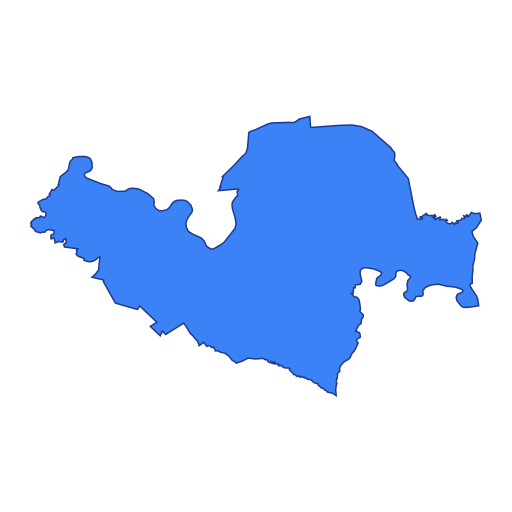 Recea, Maramures, Romania (Robinson projection)
{"feature_id": "2599482B24174964580354", "entity_name": "Recea", "entity_type": "district", "adm_level": 2, "iso_a3": "ROU", "parent_name": "Romania", "parent_adm1": "Maramures", "projection": "robinson", "projection_center": [23.475, 47.622], "detail": "fine", "context": "isolated", "style": "filled", "palette": "blue", "viewbox_px": 512, "rotation_deg": 0, "n_neighbors": 0, "source": "geoboundaries", "source_scale": "gbopen_adm2", "svg_char_len": 6026}
<svg xmlns="http://www.w3.org/2000/svg" viewBox="0 0 512 512"><path d="M336.2,395.6L335.7,389.7L336.2,385.6L336.5,384.0L336.9,383.8L336.1,380.7L337.1,378.9L337.6,373.5L339.9,370.9L339.5,368.9L340.1,366.7L341.6,364.4L344.4,361.6L348.6,359.2L350.1,357.7L351.5,354.3L355.0,349.8L358.2,343.0L356.7,341.2L356.8,339.3L360.2,337.4L360.0,333.8L359.4,332.5L357.4,332.0L356.8,331.2L355.5,331.3L358.5,325.4L360.6,323.9L361.1,323.1L361.6,319.0L363.0,317.5L363.3,315.0L360.1,311.7L359.9,310.9L360.4,309.6L360.3,307.4L359.2,300.3L358.6,299.1L356.8,297.1L354.7,297.0L354.1,296.6L351.4,293.4L353.2,293.2L353.6,287.7L355.1,287.8L355.3,285.0L360.1,284.3L361.8,281.5L360.2,274.1L360.2,271.2L360.8,269.9L361.8,268.8L363.4,268.0L366.3,267.7L373.6,268.9L379.1,271.0L381.0,272.2L381.5,272.9L381.1,274.9L377.4,277.7L376.6,278.9L375.6,284.2L375.8,285.1L376.9,285.7L379.8,286.1L382.3,285.5L385.3,284.1L393.7,279.0L395.6,276.8L396.0,272.3L397.4,270.9L400.5,270.3L402.3,270.5L406.2,272.6L408.2,275.0L410.7,276.4L410.7,277.3L407.8,280.6L407.0,284.7L407.6,288.6L407.4,289.7L406.9,291.2L404.6,292.3L403.8,293.4L403.8,295.0L404.5,297.2L409.1,300.9L411.3,301.3L413.2,300.9L414.5,299.8L415.8,296.9L417.3,296.3L421.7,296.1L422.4,295.8L423.0,294.9L423.2,293.6L422.8,291.9L423.0,290.6L424.9,287.9L426.1,287.1L430.0,285.4L432.4,284.8L438.4,284.2L447.4,286.3L454.4,287.0L460.3,288.7L462.7,290.0L462.9,290.9L462.1,292.4L458.1,293.9L457.1,294.8L456.2,297.4L456.8,300.3L457.7,301.7L461.0,305.8L462.4,306.9L464.6,307.4L468.5,307.3L478.7,305.8L477.8,299.4L476.5,295.9L471.8,289.0L470.0,285.6L470.0,284.8L470.8,283.8L472.2,283.4L472.3,275.9L472.9,269.8L472.7,266.6L474.6,258.9L474.9,253.7L477.8,243.2L473.3,236.4L471.9,231.6L476.4,227.7L481.3,220.3L479.9,213.2L477.7,213.2L476.5,213.7L472.8,213.1L471.3,212.4L468.6,216.7L467.7,216.5L467.7,215.2L467.2,214.9L466.3,215.0L466.4,216.3L466.1,216.6L463.8,215.8L464.6,217.4L464.7,218.4L461.8,218.4L461.5,219.6L460.8,220.2L456.7,220.9L456.8,221.7L458.0,222.5L458.1,223.0L456.1,223.7L455.2,222.8L454.5,224.3L453.6,223.9L452.2,222.2L450.7,223.9L448.1,223.5L446.5,222.2L446.3,221.1L447.3,220.3L446.2,219.4L446.1,220.2L444.8,220.6L443.8,219.3L439.8,219.7L439.9,218.3L440.6,217.5L440.2,217.0L437.8,217.9L436.7,219.0L435.9,218.7L435.3,219.7L434.9,219.7L434.4,219.2L434.2,217.8L433.2,217.3L435.8,216.9L435.8,216.1L434.7,214.6L433.1,216.1L432.1,215.4L429.8,215.7L426.6,214.8L426.7,213.7L425.8,213.5L425.0,214.6L423.1,215.4L422.3,216.6L420.2,216.8L420.2,217.5L422.2,217.8L422.5,218.6L422.1,218.9L420.3,219.3L417.4,218.9L415.7,214.1L413.8,206.5L408.3,178.6L397.0,164.9L397.4,164.6L394.2,160.5L394.8,155.9L394.7,153.1L394.2,152.0L391.9,149.5L391.4,148.2L372.0,131.2L361.5,126.6L352.3,125.0L339.0,125.4L310.6,127.5L309.8,116.4L299.4,119.0L294.1,122.6L289.0,122.4L272.0,122.9L268.3,123.8L254.7,130.0L249.9,131.6L248.8,132.4L247.5,148.1L246.0,152.8L244.9,154.3L242.4,156.2L234.5,164.8L222.6,176.4L222.4,176.6L223.2,176.7L219.9,187.1L220.8,187.2L218.4,190.7L238.2,188.9L238.6,189.4L237.1,191.7L237.7,195.7L236.2,196.8L233.4,200.5L232.3,202.6L232.0,204.8L232.4,208.5L235.1,217.7L236.1,224.4L234.9,228.5L224.1,242.3L221.4,244.3L213.4,249.0L211.5,249.0L209.3,248.1L206.4,246.0L204.2,241.0L201.0,237.8L192.8,234.2L188.4,231.4L186.4,227.5L185.9,223.4L186.4,221.0L188.3,217.2L191.7,212.6L192.4,210.6L192.4,209.2L190.9,205.2L187.1,201.4L184.7,200.4L182.1,200.1L177.2,200.3L174.8,201.1L172.7,202.7L169.3,207.7L166.9,209.7L162.5,210.8L159.0,210.6L155.8,208.6L153.7,205.0L154.2,201.9L153.6,198.7L147.9,193.7L139.6,189.4L136.8,188.6L131.7,188.2L128.4,189.0L125.1,191.2L117.2,191.4L112.5,189.7L110.3,187.0L108.6,185.9L100.4,183.5L86.8,178.1L84.8,176.5L84.3,174.4L85.3,172.9L89.1,171.5L90.8,170.3L92.2,167.8L91.9,161.9L90.6,159.2L89.3,157.9L86.9,156.9L83.6,156.4L77.6,156.7L73.0,157.7L72.6,158.8L70.0,161.7L68.2,169.9L65.9,172.3L60.3,176.6L58.3,184.7L59.1,185.0L53.9,190.4L52.1,189.4L49.2,194.3L50.0,194.8L50.2,195.4L49.9,196.0L47.9,196.6L46.0,199.0L44.0,199.2L41.4,200.2L38.0,202.3L38.0,203.5L39.6,205.0L40.1,207.9L41.4,210.6L42.2,211.4L44.9,212.0L46.1,213.0L46.2,213.7L45.6,215.7L44.5,217.4L43.5,217.5L41.8,216.4L40.4,216.1L40.0,216.5L39.9,217.7L36.0,217.7L35.5,218.0L35.1,219.1L33.6,219.2L32.8,220.8L31.2,221.5L31.3,222.9L30.7,223.7L31.7,224.8L31.0,225.8L31.1,226.8L32.6,227.3L33.2,228.6L34.3,229.1L35.0,230.8L36.5,231.9L38.6,232.2L40.2,233.0L42.1,232.2L45.0,232.1L45.9,230.6L48.8,229.6L53.9,230.5L54.1,232.9L53.5,234.0L51.1,235.0L50.9,238.7L51.8,238.9L52.2,237.8L54.2,238.1L55.2,243.0L58.4,241.6L62.5,242.1L63.1,241.6L63.5,239.6L65.9,238.6L65.9,240.6L66.4,241.7L66.2,242.9L64.2,243.9L63.7,244.7L64.5,247.0L77.9,248.8L76.5,250.4L77.0,251.4L76.1,254.1L77.5,255.9L83.9,258.4L83.9,260.1L84.9,260.7L88.3,261.7L91.2,261.6L94.2,260.7L96.5,259.2L97.7,257.8L99.8,256.9L98.6,270.0L95.3,274.3L92.0,277.2L103.9,280.1L103.4,281.7L115.4,303.1L137.5,309.5L139.8,306.0L156.8,322.2L150.3,326.4L160.2,335.8L162.4,331.1L165.7,334.5L183.5,323.2L185.5,325.5L190.5,333.7L193.1,336.0L195.6,339.2L197.4,340.9L199.2,345.7L203.7,342.3L206.5,346.1L207.4,346.3L208.9,345.6L210.4,346.0L211.5,347.5L213.6,347.0L214.0,347.6L213.8,348.1L215.1,349.5L215.1,350.8L218.3,350.9L219.9,352.0L224.9,353.2L229.1,356.3L232.1,360.2L234.8,361.7L236.2,363.2L242.3,361.1L248.2,358.1L255.1,359.0L262.9,358.4L265.5,359.8L266.8,359.7L267.7,360.3L267.7,361.3L269.6,362.6L270.7,362.5L271.0,361.8L271.4,363.0L271.8,363.1L272.4,362.9L272.8,361.9L273.9,362.3L274.6,362.0L274.9,362.4L273.7,363.5L274.5,363.5L275.0,364.1L275.6,363.6L277.7,364.0L279.0,364.7L278.2,365.3L278.5,365.7L282.1,365.6L282.5,366.6L283.6,367.6L287.0,368.1L288.1,367.8L289.7,368.7L289.4,369.7L291.7,372.2L292.6,372.6L293.7,374.6L295.0,374.5L296.3,376.0L297.5,375.8L297.4,376.4L299.5,376.2L299.8,377.0L300.2,376.8L300.9,377.2L301.6,376.3L302.2,376.4L302.7,377.3L303.8,377.6L304.6,377.3L305.1,378.1L306.9,378.4L307.2,379.1L308.3,379.5L310.6,379.6L314.0,382.7L317.8,383.8L318.4,385.4L320.9,387.3L321.3,388.0L323.7,388.6L324.4,389.7L326.8,391.1L327.4,392.1L332.2,393.1L336.2,395.6Z" fill="#3b82f6" stroke="#1e3a8a" stroke-width="1.5"/></svg>